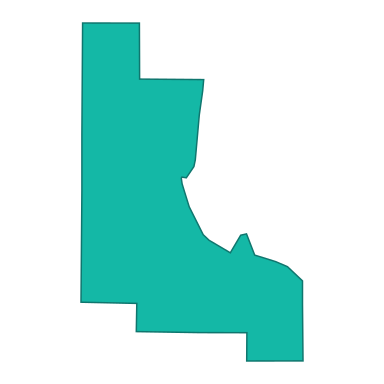 outline of Bay, Michigan, United States of America
{"feature_id": "52423323B76929039895694", "entity_name": "Bay", "entity_type": "district", "adm_level": 2, "iso_a3": "USA", "parent_name": "United States of America", "parent_adm1": "Michigan", "projection": "albers", "projection_center": [-83.928, 43.738], "detail": "fine", "context": "isolated", "style": "filled", "palette": "teal", "viewbox_px": 384, "rotation_deg": 0, "n_neighbors": 0, "source": "geoboundaries", "source_scale": "gbopen_adm2", "svg_char_len": 529}
<svg xmlns="http://www.w3.org/2000/svg" viewBox="0 0 384 384"><path d="M82.6,23.0L81.9,134.6L81.9,190.4L81.0,302.2L136.8,303.4L136.3,331.6L200.1,332.6L246.9,332.7L246.7,361.0L303.0,360.9L302.5,304.2L302.5,280.9L287.5,266.7L275.6,261.6L254.7,255.1L246.5,233.9L240.7,235.2L230.3,252.8L209.1,240.3L203.2,234.7L189.2,206.8L184.5,191.7L182.1,183.8L181.3,178.2L181.9,177.1L186.3,177.8L193.9,166.6L195.3,159.9L199.3,114.8L202.7,90.8L203.7,79.6L139.6,79.1L139.4,23.1L82.6,23.0Z" fill="#14b8a6" stroke="#0f766e" stroke-width="1.5"/></svg>